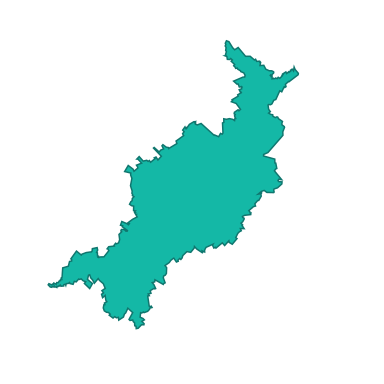 San Pelayo, Córdoba, Colombia (Mercator projection), rotated 307°
{"feature_id": "7082276B81203589950086", "entity_name": "San Pelayo", "entity_type": "district", "adm_level": 2, "iso_a3": "COL", "parent_name": "Colombia", "parent_adm1": "Córdoba", "projection": "mercator", "projection_center": [-75.907, 8.989], "detail": "fine", "context": "isolated", "style": "filled", "palette": "teal", "viewbox_px": 384, "rotation_deg": 307, "n_neighbors": 0, "source": "geoboundaries", "source_scale": "gbopen_adm2", "svg_char_len": 6017}
<svg xmlns="http://www.w3.org/2000/svg" viewBox="0 0 384 384"><g transform="rotate(307 192 192)"><path d="M75.1,226.5L82.3,219.2L83.5,220.3L84.2,218.4L86.4,220.2L88.1,218.0L92.1,219.7L92.2,220.6L93.0,221.1L95.1,217.3L95.7,214.8L97.8,216.3L99.6,215.2L100.9,224.7L101.9,224.5L103.3,225.2L106.2,220.7L107.9,219.9L109.5,220.7L111.5,220.6L116.3,217.3L117.0,214.7L122.0,216.3L124.6,216.2L127.7,217.0L128.2,217.3L126.7,221.7L128.4,222.7L129.0,221.8L131.5,222.2L131.4,223.7L133.4,223.8L135.7,222.9L141.3,223.8L143.1,227.3L148.8,227.5L149.9,226.8L149.3,230.1L149.7,236.8L150.3,236.8L151.1,235.6L151.7,238.2L153.3,237.0L156.2,236.5L162.9,240.2L161.9,240.3L160.4,243.2L161.9,243.9L161.6,244.9L169.6,246.8L168.9,250.3L175.2,250.8L174.1,252.0L174.5,255.6L181.9,256.0L181.9,254.4L186.5,253.5L188.8,253.8L190.7,254.7L191.9,252.6L194.1,255.7L195.4,252.1L196.2,252.2L196.6,249.9L198.8,250.4L201.8,249.9L202.4,249.4L202.2,247.8L202.8,247.0L205.0,248.0L209.3,252.5L210.6,251.7L210.0,251.4L211.0,250.2L211.3,248.6L217.3,249.9L219.0,251.2L220.4,249.3L224.7,249.6L225.4,250.4L230.3,249.8L231.8,248.3L233.8,248.1L231.6,247.5L230.1,246.1L234.3,247.1L236.7,248.7L236.7,252.0L240.7,257.6L241.4,257.6L242.8,256.0L243.8,255.7L246.8,257.8L252.5,258.9L254.3,257.8L252.6,255.3L252.8,253.8L254.4,253.6L255.8,256.2L258.5,245.1L260.8,245.0L261.8,245.6L265.5,241.5L265.1,240.7L268.1,238.3L263.8,227.5L265.1,226.6L269.2,228.9L292.0,230.5L294.7,228.3L299.3,227.0L299.8,226.3L299.8,223.5L301.0,222.4L302.8,221.8L302.6,217.1L303.4,215.3L303.0,214.5L301.5,213.7L301.2,211.0L302.3,209.9L301.4,208.3L301.1,205.7L303.3,206.2L304.2,203.4L307.2,200.4L307.9,200.5L309.0,202.2L310.5,202.8L314.5,202.1L316.3,203.3L325.6,201.2L326.0,203.4L331.5,202.3L332.0,202.7L331.6,203.3L332.7,203.7L334.2,201.8L338.4,202.6L338.4,203.1L349.5,206.2L350.8,205.5L351.9,200.6L353.2,198.4L349.8,200.2L350.4,198.0L348.5,197.4L348.3,198.1L347.0,197.8L346.0,197.5L346.3,196.9L343.6,196.3L344.4,194.7L340.9,193.4L340.7,194.0L339.4,193.6L339.2,194.2L335.6,193.7L335.5,191.8L333.8,191.8L333.4,190.2L332.5,190.0L331.6,189.0L331.8,188.6L330.6,187.9L333.3,185.7L332.7,185.3L331.2,186.2L332.2,185.5L332.2,184.3L332.7,184.3L332.7,185.0L336.1,185.6L337.0,185.1L337.1,184.4L336.8,182.8L335.3,180.7L334.5,177.0L336.4,173.1L333.9,170.2L336.2,169.1L336.3,168.4L336.9,168.6L337.2,167.3L335.2,165.0L336.3,162.9L335.0,162.4L335.4,156.8L332.6,153.1L335.2,141.9L331.3,140.5L331.7,137.6L334.3,131.0L333.5,128.5L330.8,129.1L330.0,130.4L328.6,130.6L327.9,132.3L325.3,133.7L324.9,134.9L322.3,136.0L321.9,135.4L322.1,136.2L321.4,137.0L320.6,136.3L321.2,138.3L319.2,140.4L320.6,142.5L321.9,142.6L321.7,144.8L320.0,144.6L319.5,149.3L317.9,149.3L317.7,151.2L317.0,152.5L318.2,153.6L317.6,154.7L318.0,157.7L317.5,158.4L318.3,161.7L317.1,164.2L315.5,164.9L314.5,163.6L305.6,158.5L305.2,163.0L306.0,163.8L304.3,166.6L306.1,168.1L305.9,168.8L305.2,168.5L304.3,169.6L302.1,168.1L300.9,170.4L301.4,170.5L301.0,171.6L297.1,170.0L296.4,171.2L289.9,168.5L289.8,169.2L287.8,169.1L289.3,174.0L287.2,181.0L285.1,180.6L285.4,179.3L281.2,177.9L279.8,178.6L279.9,179.9L278.4,180.1L277.3,182.1L277.2,181.7L274.7,183.0L274.6,180.9L273.1,177.7L270.8,175.8L269.6,173.3L266.8,175.5L265.5,174.8L257.8,181.2L256.3,181.3L256.0,179.5L252.2,180.0L251.1,175.6L250.6,175.5L252.2,158.0L248.8,155.9L248.2,154.0L250.3,152.6L249.4,152.3L249.9,152.0L249.3,151.2L244.5,149.2L239.7,149.4L240.0,148.9L239.0,148.8L239.8,147.2L235.8,147.3L235.4,149.4L232.9,149.4L232.0,151.4L223.1,148.6L221.6,150.8L212.7,147.2L213.3,146.4L212.3,144.5L212.3,140.3L210.8,140.2L209.3,143.4L206.7,141.8L204.2,141.7L204.8,135.0L203.9,134.8L202.1,146.0L197.1,145.5L198.3,142.2L196.6,141.3L196.4,142.4L190.8,141.0L191.5,139.0L190.0,138.5L190.1,136.8L187.3,134.4L188.5,128.5L185.1,128.1L185.7,129.1L184.7,134.4L180.0,131.5L179.2,133.7L178.5,134.3L173.7,133.2L174.8,131.1L174.8,125.1L167.8,125.9L170.3,131.7L168.7,132.7L166.7,135.8L160.0,139.1L156.7,143.7L154.8,144.8L154.2,146.2L153.3,146.5L153.3,148.5L150.9,148.2L149.0,149.4L147.5,149.0L144.6,149.5L144.7,152.0L145.6,153.9L142.0,156.5L142.9,158.2L141.5,158.1L141.5,159.2L140.9,158.9L140.2,160.5L140.6,161.1L140.0,161.1L139.1,163.2L134.5,161.0L128.7,159.3L129.0,161.0L127.5,160.9L127.6,159.3L126.2,153.7L122.4,154.9L123.3,156.9L122.3,157.2L122.4,163.6L121.7,163.8L120.9,162.7L121.3,160.5L119.6,158.2L118.1,158.6L117.9,159.8L114.2,159.2L110.4,162.9L107.1,164.0L105.1,162.8L105.1,161.8L102.5,161.8L102.1,162.5L98.2,158.4L95.6,158.4L95.9,159.2L95.0,160.9L87.2,160.7L84.6,157.4L83.6,157.1L83.3,156.2L84.4,155.8L84.0,155.1L86.5,153.0L86.3,152.2L88.9,151.6L90.5,149.7L86.8,146.5L84.8,147.7L83.8,147.8L80.0,144.0L76.1,141.5L75.0,141.5L75.3,135.3L65.7,135.5L65.8,136.4L64.4,137.4L62.8,136.0L58.3,137.9L53.6,134.4L45.8,139.5L44.9,139.4L44.3,140.1L44.3,139.5L43.0,140.1L42.5,139.8L42.1,140.3L41.0,139.5L39.2,139.8L38.3,138.5L36.6,139.0L36.1,136.4L34.8,136.8L34.5,136.0L33.5,136.1L32.7,132.9L31.3,133.0L30.8,135.9L31.5,137.4L32.2,137.3L33.0,138.4L33.9,138.5L33.2,139.2L33.9,139.7L34.4,141.5L35.4,140.9L35.8,141.9L37.2,142.2L37.3,143.1L38.4,142.8L38.1,144.3L39.7,146.1L40.8,145.4L41.4,145.7L41.9,146.7L41.5,147.4L43.1,146.7L44.6,148.3L46.0,148.7L45.4,149.6L46.7,152.6L49.8,151.8L50.5,153.6L54.3,153.9L54.6,155.0L55.9,155.7L55.6,158.6L56.4,161.1L54.2,161.1L53.3,168.4L59.0,167.6L59.3,161.1L63.3,159.4L64.3,160.1L62.4,163.0L62.0,165.4L60.4,168.9L66.4,169.2L65.7,171.3L65.4,176.3L62.8,180.7L59.0,179.4L58.2,182.0L55.9,181.3L53.8,184.2L57.1,184.9L53.7,188.3L53.1,190.0L50.6,188.9L49.6,190.2L48.9,189.5L46.0,190.9L44.3,193.5L44.5,196.1L45.5,197.8L45.2,200.2L43.8,200.0L43.8,204.8L46.0,205.3L46.0,207.3L47.6,208.6L45.6,210.6L50.9,212.5L53.8,211.5L55.6,211.8L60.6,210.7L60.0,217.2L52.3,218.4L52.1,219.8L54.1,221.7L53.1,223.1L53.0,224.8L50.7,226.8L51.1,228.1L49.3,229.7L50.8,231.0L55.6,231.6L57.0,233.5L58.0,233.0L58.5,229.8L61.2,230.9L61.5,229.0L60.8,225.9L64.7,223.6L65.1,224.7L66.9,225.4L66.8,226.3L70.0,228.4L72.8,228.7L73.8,228.1L75.7,229.6L76.3,228.1L75.5,227.8L75.1,226.5Z" fill="#14b8a6" stroke="#0f766e" stroke-width="1.5"/></g></svg>